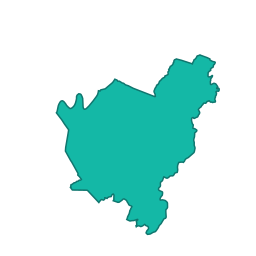 Palestina, Guayas, Ecuador (Robinson projection), rotated 20°
{"feature_id": "8360857B38620743711757", "entity_name": "Palestina", "entity_type": "district", "adm_level": 2, "iso_a3": "ECU", "parent_name": "Ecuador", "parent_adm1": "Guayas", "projection": "robinson", "projection_center": [-79.904, -1.631], "detail": "fine", "context": "isolated", "style": "filled", "palette": "teal", "viewbox_px": 256, "rotation_deg": 20, "n_neighbors": 0, "source": "geoboundaries", "source_scale": "gbopen_adm2", "svg_char_len": 5851}
<svg xmlns="http://www.w3.org/2000/svg" viewBox="0 0 256 256"><g transform="rotate(20 128 128)"><path d="M55.5,138.2L63.0,143.0L67.1,146.1L72.7,149.9L73.0,150.7L73.6,153.8L76.1,167.6L77.1,171.1L85.5,178.4L86.8,179.3L96.6,187.8L96.9,189.4L99.1,190.4L101.8,192.2L101.7,192.5L101.2,193.3L100.0,193.7L99.3,195.1L98.3,195.5L97.6,196.7L96.8,197.6L96.1,197.9L94.7,200.1L94.0,200.6L93.8,201.0L93.9,201.5L94.2,201.9L94.2,202.9L94.6,203.2L94.3,203.6L96.9,205.3L110.1,200.7L110.8,200.5L111.5,200.6L126.1,208.0L126.5,206.4L126.8,205.9L126.9,205.2L127.6,204.4L127.8,204.2L129.5,204.2L130.0,203.7L130.4,202.9L130.5,202.3L130.1,201.5L130.8,201.3L132.1,201.4L132.5,201.3L132.7,200.5L133.0,200.0L133.8,199.2L135.6,198.2L135.7,197.8L135.7,197.0L135.9,196.1L136.1,195.7L136.7,195.1L137.1,195.2L138.0,196.3L138.1,196.9L138.8,199.1L139.0,199.4L139.2,199.7L139.0,201.4L144.0,201.3L145.1,200.7L146.0,199.4L147.0,198.0L147.6,196.7L148.0,196.3L148.5,196.0L149.0,196.0L150.4,196.3L151.4,196.6L153.1,198.2L154.1,198.8L154.9,199.8L156.5,200.2L157.7,200.1L158.1,200.2L158.6,200.6L158.2,202.8L158.3,203.5L158.0,204.9L158.4,207.9L158.0,211.8L158.2,213.1L158.1,214.4L159.6,214.6L161.7,214.7L163.4,213.7L165.1,213.0L168.0,210.7L168.3,210.6L168.5,210.8L168.6,211.0L167.7,212.8L167.9,213.2L168.3,213.6L169.3,215.9L169.3,216.3L168.9,217.0L169.0,217.3L169.5,217.9L169.6,217.6L170.1,217.2L171.3,216.3L171.9,216.1L173.5,216.3L174.1,216.0L174.7,215.5L175.5,214.6L176.6,212.9L176.9,212.9L177.9,213.5L178.7,213.6L180.1,213.6L180.6,213.8L181.4,214.8L181.7,215.7L181.7,216.0L180.9,218.2L180.8,220.1L180.9,220.4L181.3,220.7L182.7,221.3L183.9,220.7L185.0,220.1L185.7,219.4L186.9,217.9L187.9,216.9L188.7,216.5L189.3,215.7L189.7,214.6L190.5,211.4L190.7,209.0L191.8,206.5L192.4,203.2L192.8,201.3L193.3,200.6L194.1,200.0L194.3,199.4L194.3,198.6L192.2,193.8L191.6,192.0L191.6,191.7L192.2,190.2L192.3,189.0L190.8,185.1L190.3,184.5L189.8,184.2L188.4,183.6L187.5,183.4L185.0,183.7L183.1,184.7L182.9,184.6L182.4,183.8L182.3,183.1L182.5,181.6L182.7,180.7L183.1,179.9L183.2,179.2L182.8,177.4L182.5,176.7L182.3,176.4L181.8,176.2L179.5,176.1L178.2,175.8L177.6,175.2L177.5,174.5L177.5,173.8L177.6,173.3L178.1,172.5L178.3,171.8L178.2,171.0L177.3,168.8L177.2,168.1L177.3,167.6L178.3,165.9L178.4,165.5L178.3,161.8L178.9,161.6L180.2,161.9L181.5,161.9L182.2,161.6L183.2,160.4L183.6,159.2L184.1,158.7L184.6,158.3L186.3,157.7L186.6,157.5L187.1,156.5L187.4,154.5L188.4,153.5L189.4,152.9L189.3,151.5L189.0,150.2L188.0,148.2L187.5,146.4L187.4,145.4L187.5,143.0L189.3,142.0L191.0,141.4L191.8,141.4L192.4,139.9L192.5,138.4L192.9,137.3L193.4,136.6L194.8,135.1L198.4,128.5L198.4,127.3L197.9,124.1L197.5,123.3L196.1,121.6L195.2,119.0L194.9,118.5L194.1,117.4L193.8,116.6L193.6,115.5L193.5,113.6L192.7,110.8L192.4,110.1L192.4,109.7L193.5,107.8L193.6,107.0L193.4,106.5L193.0,106.3L190.9,105.8L189.3,106.1L189.1,106.0L188.7,104.9L188.5,103.6L188.2,102.7L187.3,102.2L186.8,101.7L186.1,100.7L185.2,99.4L184.7,97.9L184.6,97.5L184.6,97.0L185.1,96.2L185.7,95.9L186.3,96.3L186.8,96.4L187.2,96.2L188.4,94.8L189.3,94.1L189.7,93.5L189.8,91.7L189.9,91.1L190.2,90.5L190.2,89.2L189.6,88.3L187.9,86.8L187.8,86.4L188.3,84.9L189.5,83.0L189.6,81.8L190.4,80.2L190.4,79.5L190.6,78.9L191.0,78.6L192.4,78.2L192.8,77.8L193.2,76.1L194.1,75.5L194.8,74.7L195.3,74.7L196.4,75.4L197.0,75.4L197.8,75.0L198.9,75.1L199.7,74.4L200.9,73.9L201.1,73.6L201.1,73.2L200.8,72.6L199.7,71.3L199.6,70.8L199.6,69.1L199.3,68.0L199.6,67.2L199.6,66.5L199.2,64.8L198.7,64.6L198.5,64.3L198.4,64.0L198.4,63.6L198.7,63.2L199.3,62.8L200.4,62.5L200.5,62.3L200.7,62.0L200.7,61.5L200.4,60.3L200.0,59.8L199.4,59.6L199.1,59.8L198.7,60.6L198.1,60.7L197.9,60.6L197.7,60.3L197.7,60.0L198.2,58.8L198.1,58.4L195.7,56.7L195.2,56.5L193.8,56.5L193.1,56.8L191.5,58.6L191.2,58.8L190.7,58.8L190.5,58.6L189.5,56.3L189.4,54.8L188.9,53.6L189.4,52.0L189.6,51.1L189.6,50.1L189.4,49.9L189.1,49.9L188.6,50.8L187.8,51.7L187.1,52.1L186.4,52.3L185.7,52.2L185.2,51.3L184.4,48.6L184.6,47.8L185.0,46.9L185.6,46.2L186.0,45.5L185.9,45.1L185.4,44.5L185.4,44.2L186.1,42.8L186.9,42.2L187.1,41.9L187.1,41.0L187.0,40.5L186.9,39.3L187.4,38.6L187.5,38.1L187.6,37.2L187.6,36.8L187.4,36.4L187.1,36.3L186.5,36.3L185.0,36.5L183.4,36.4L181.8,36.0L181.5,35.8L181.3,35.1L178.3,34.8L171.5,34.8L171.3,34.9L170.8,34.7L170.5,34.8L170.0,35.4L168.8,36.3L168.3,36.8L168.1,38.7L167.6,40.2L167.3,40.7L167.0,40.9L166.7,41.4L166.8,42.6L166.5,44.7L166.6,45.7L154.9,46.1L149.8,46.6L149.5,47.0L148.5,47.9L148.2,48.7L148.2,49.1L148.5,50.6L148.5,50.9L148.2,51.4L148.3,51.7L148.5,52.0L148.4,52.3L148.1,53.7L147.6,54.4L147.1,55.3L146.7,55.6L146.6,57.0L146.7,57.6L146.2,59.0L146.6,59.3L146.7,59.5L146.8,60.6L146.5,61.1L146.4,61.6L146.5,62.0L147.1,63.1L147.3,63.9L147.1,64.3L146.2,65.3L144.9,66.5L145.1,67.5L144.9,68.0L143.8,69.0L143.6,69.4L143.2,69.9L142.9,70.9L142.6,71.3L142.5,72.0L141.7,73.2L141.6,73.6L141.7,74.5L141.6,75.5L141.4,75.8L141.5,76.3L141.3,76.9L141.1,77.2L140.6,77.4L140.5,78.1L140.3,78.3L140.4,79.6L140.0,80.6L140.0,81.3L139.8,82.3L139.9,83.3L139.8,84.1L139.9,84.6L140.2,85.2L141.5,86.6L142.0,87.1L142.2,87.5L142.3,88.0L142.9,88.8L142.8,89.1L142.3,89.4L119.4,88.9L113.8,88.2L110.9,88.3L109.9,88.0L109.0,87.6L108.5,87.5L107.3,87.7L104.1,87.0L103.7,87.0L102.5,87.5L101.2,86.7L99.4,86.7L99.0,86.6L98.3,89.5L97.9,90.7L93.4,98.6L93.0,99.1L89.5,101.4L89.2,101.8L89.0,102.5L89.0,102.9L87.5,103.1L87.8,104.7L88.0,106.9L87.6,109.0L86.0,114.4L83.8,120.6L82.3,123.8L81.8,124.5L81.4,124.9L80.5,125.3L79.4,124.7L78.6,123.6L75.3,115.7L74.0,114.1L72.5,112.7L72.1,112.5L71.3,112.4L70.0,112.7L69.2,114.0L68.9,114.7L68.9,115.4L68.9,116.1L69.6,118.1L69.9,120.1L70.1,122.6L70.0,124.5L69.6,126.1L68.9,127.6L68.1,128.8L66.9,129.5L66.3,129.4L64.9,128.9L62.6,127.8L61.0,126.5L58.8,125.2L57.3,124.8L56.1,125.4L55.7,125.9L55.3,126.9L54.9,129.4L54.9,131.0L55.7,136.6L55.7,137.5L55.5,138.2Z" fill="#14b8a6" stroke="#0f766e" stroke-width="1.5"/></g></svg>